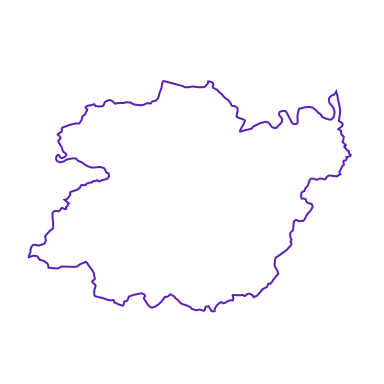 the district of Phu Binh, Thái Nguyên, Vietnam, rotated 100°
{"feature_id": "81297802B19798201223775", "entity_name": "Phu Binh", "entity_type": "district", "adm_level": 2, "iso_a3": "VNM", "parent_name": "Vietnam", "parent_adm1": "Thái Nguyên", "projection": "mercator", "projection_center": [105.961, 21.492], "detail": "fine", "context": "isolated", "style": "outline", "palette": "violet", "viewbox_px": 384, "rotation_deg": 100, "n_neighbors": 0, "source": "geoboundaries", "source_scale": "gbopen_adm2", "svg_char_len": 5961}
<svg xmlns="http://www.w3.org/2000/svg" viewBox="0 0 384 384"><g transform="rotate(100 192 192)"><path d="M68.0,67.4L70.7,68.5L71.5,69.1L72.4,70.9L74.5,72.6L75.8,73.2L77.0,73.3L80.6,72.0L83.8,68.1L86.6,66.1L88.4,65.6L90.5,65.3L94.1,65.6L96.5,67.5L96.8,68.7L96.4,73.9L95.2,77.3L93.9,77.9L93.2,78.8L91.9,81.6L89.8,84.2L88.0,87.8L87.8,91.0L89.1,96.0L90.7,98.8L91.2,100.6L91.7,101.1L96.9,101.4L99.2,101.3L104.8,100.0L106.1,100.3L106.8,101.0L107.4,103.8L107.1,104.7L105.3,106.5L97.5,112.4L96.2,113.8L96.1,115.1L96.8,117.9L97.8,119.4L98.5,119.7L100.6,119.8L102.3,118.4L103.9,116.2L105.2,115.7L107.1,115.7L108.3,116.1L114.0,119.9L114.5,120.6L114.6,123.2L114.1,124.6L111.7,127.1L110.3,129.0L110.0,131.1L110.3,132.3L112.2,136.5L116.6,142.7L119.3,144.4L121.1,148.3L121.7,150.1L124.0,154.3L124.0,155.3L122.8,155.2L119.3,154.2L117.6,153.3L112.6,152.2L112.1,152.5L111.8,153.4L110.5,160.1L110.0,161.3L103.3,161.2L101.3,161.9L100.1,164.7L100.0,165.6L100.3,166.6L100.1,167.6L99.7,168.2L97.9,169.4L95.5,171.8L93.4,176.2L90.7,179.5L89.3,182.0L87.0,184.9L85.8,189.0L84.3,190.1L82.3,189.6L80.8,190.7L80.2,192.6L80.2,195.2L82.4,195.2L85.9,197.4L86.4,198.0L86.8,198.9L87.7,204.1L88.0,209.9L89.6,213.9L89.7,215.4L90.1,216.9L89.3,219.7L87.6,239.2L88.5,239.9L91.5,240.2L94.6,240.1L100.3,241.2L103.0,241.3L105.5,241.7L107.5,242.8L108.2,243.4L109.7,246.8L112.1,248.1L112.1,250.4L112.6,252.1L114.3,254.4L115.5,257.4L115.9,263.3L115.3,266.6L114.6,268.1L114.8,270.4L115.2,273.1L116.1,274.3L117.0,279.0L117.9,282.1L118.4,282.8L116.0,287.0L115.7,289.2L117.6,292.6L119.2,293.6L121.8,294.1L122.8,294.8L123.0,295.3L123.5,296.4L123.9,298.5L124.1,301.8L123.7,302.7L122.6,303.3L122.6,303.8L123.8,306.1L125.1,309.6L125.5,310.3L127.0,311.5L127.5,311.3L128.7,309.7L129.1,309.4L130.1,309.5L131.9,310.4L133.9,310.5L135.4,312.1L136.9,313.0L137.4,313.2L140.0,313.1L144.0,314.9L144.4,315.5L144.5,317.3L145.0,319.2L147.3,324.4L151.2,331.0L152.6,331.4L154.3,330.7L155.3,330.8L156.3,331.8L156.7,332.6L157.4,333.4L158.7,334.3L159.5,332.7L161.5,330.9L162.4,330.9L164.8,332.6L166.1,332.1L170.3,328.2L174.5,326.1L176.1,323.0L177.0,322.3L178.3,322.5L179.3,323.3L180.3,324.2L181.0,325.7L181.2,326.5L180.8,327.8L178.8,329.3L178.6,330.1L179.0,330.9L181.2,331.8L183.3,331.5L184.6,330.6L185.2,329.7L185.5,327.9L185.4,326.1L184.4,324.0L182.4,321.7L181.4,320.3L179.3,314.5L179.2,312.6L179.5,311.6L181.0,309.7L181.9,305.8L183.1,303.4L184.7,299.4L185.3,296.2L185.1,293.4L183.3,286.8L183.7,283.2L184.5,281.9L187.7,279.7L188.2,278.5L188.2,277.3L191.1,276.4L193.7,277.7L196.0,282.7L197.4,284.5L197.7,285.5L197.0,287.0L196.9,287.7L198.0,289.0L198.4,291.2L199.7,292.0L200.1,292.5L200.4,294.2L201.4,295.6L201.9,297.1L202.4,297.5L203.8,298.0L204.3,302.0L205.3,302.8L207.0,302.9L209.7,305.5L211.6,308.7L212.9,311.6L213.8,312.0L214.5,311.9L215.5,311.3L219.1,312.8L220.5,313.8L221.8,316.2L224.7,311.2L225.7,312.1L227.8,312.4L228.7,313.5L230.4,313.0L231.0,313.8L230.2,317.2L230.8,317.9L232.9,318.9L233.8,319.6L234.3,320.5L234.1,322.2L234.6,324.0L235.3,324.8L237.1,325.7L241.5,324.9L245.6,323.6L249.1,322.8L251.5,322.6L252.6,323.0L255.0,325.3L260.8,329.0L265.1,327.5L267.8,328.0L268.7,328.8L271.2,333.1L271.4,334.0L271.3,338.0L271.8,339.4L272.8,340.1L275.7,341.0L280.1,340.7L283.4,341.7L284.6,341.4L282.3,337.3L282.0,333.9L282.7,332.6L285.4,329.9L285.3,328.4L285.8,325.1L287.0,323.5L287.4,322.1L289.6,320.7L291.5,320.2L290.8,311.7L290.5,310.5L288.2,307.8L287.9,306.6L286.1,294.5L285.5,292.6L284.6,291.3L283.7,290.8L282.3,289.3L279.3,284.4L280.2,282.8L281.5,281.9L285.8,277.2L288.5,274.9L294.0,272.7L294.7,272.7L297.3,274.7L297.9,274.5L298.8,273.7L300.3,270.9L301.4,270.6L304.6,271.1L307.6,271.0L310.2,270.3L311.2,269.6L311.5,268.8L312.1,260.1L312.9,256.3L312.9,253.6L312.1,251.4L312.1,250.6L312.5,250.1L314.2,249.5L314.4,248.0L315.4,245.0L316.0,240.4L315.0,239.8L311.6,239.7L311.2,239.1L311.1,238.0L310.6,237.3L310.0,236.8L307.1,236.2L305.7,235.6L303.4,231.6L300.5,224.2L301.2,221.3L301.8,220.6L302.8,220.2L304.4,220.9L305.3,220.9L310.6,215.9L312.1,213.9L312.8,212.3L312.8,211.1L311.9,209.8L311.5,208.7L307.8,204.9L305.7,203.4L301.3,200.9L300.0,200.7L299.6,198.5L298.9,197.4L296.9,196.0L296.5,195.3L298.2,190.9L299.5,190.0L300.5,187.6L303.4,183.9L304.1,182.0L304.7,177.1L305.4,174.5L305.9,173.3L307.0,172.0L307.8,167.6L306.4,163.8L307.0,159.9L306.7,159.4L305.8,159.0L302.8,158.7L301.6,155.9L302.7,154.7L305.8,152.4L306.0,151.1L305.4,149.0L304.4,149.3L302.4,149.1L300.3,148.4L297.7,146.7L295.4,144.3L295.3,143.7L296.3,142.0L294.9,139.4L294.2,138.9L292.0,135.8L291.8,133.0L289.5,132.8L286.7,134.1L286.4,133.9L285.3,126.4L284.7,124.8L284.6,124.0L285.4,122.0L282.8,119.7L282.2,117.9L283.0,114.8L284.0,113.6L284.9,113.1L282.8,110.0L278.4,107.2L275.8,105.9L272.4,101.7L269.9,101.2L268.9,100.7L268.9,99.0L265.5,97.0L264.1,96.7L257.5,92.8L254.8,94.3L251.2,97.2L249.5,98.1L243.6,98.5L242.0,98.1L239.3,95.1L232.2,88.4L226.7,85.1L224.6,85.5L223.8,86.4L222.9,85.9L221.7,85.8L218.8,87.5L216.4,88.1L215.0,88.0L212.2,86.1L210.9,85.9L206.5,86.4L203.1,86.5L201.4,84.7L202.2,81.4L201.4,79.3L201.1,77.2L198.2,76.0L194.4,74.9L189.0,71.7L186.1,70.6L184.5,71.1L183.1,72.0L182.9,72.9L182.9,74.5L182.4,76.7L181.5,77.7L179.4,78.8L179.1,80.8L179.4,82.9L178.3,83.6L175.1,84.1L173.4,83.9L172.7,83.4L171.5,81.5L168.5,80.9L166.0,79.1L160.6,78.3L158.6,77.6L158.1,76.9L157.7,74.5L158.3,72.1L158.3,71.5L158.0,70.6L156.7,68.7L156.3,67.6L156.5,63.4L155.9,62.7L154.1,62.0L152.2,60.5L151.8,58.9L151.4,51.6L150.5,51.3L148.7,48.9L146.8,50.3L146.4,50.3L143.9,49.4L140.3,48.5L138.9,47.1L135.4,48.3L134.7,47.9L134.4,46.5L134.1,46.1L133.3,45.6L132.0,45.4L130.7,45.9L129.2,42.3L127.6,42.4L127.1,43.5L126.4,44.1L124.5,44.7L124.2,45.1L124.1,46.6L123.1,47.3L121.3,49.7L120.6,50.0L120.2,49.8L119.9,48.9L119.5,48.6L118.8,48.9L117.4,51.4L116.3,52.5L114.7,52.0L111.2,52.2L109.1,55.1L106.1,55.7L105.7,56.2L104.7,58.8L101.2,55.8L100.0,55.3L98.8,55.4L97.5,57.0L96.6,59.7L88.2,59.9L86.2,60.2L83.2,61.1L75.0,64.5L73.0,65.1L68.0,67.4Z" fill="none" stroke="#5b21b6" stroke-width="2"/></g></svg>